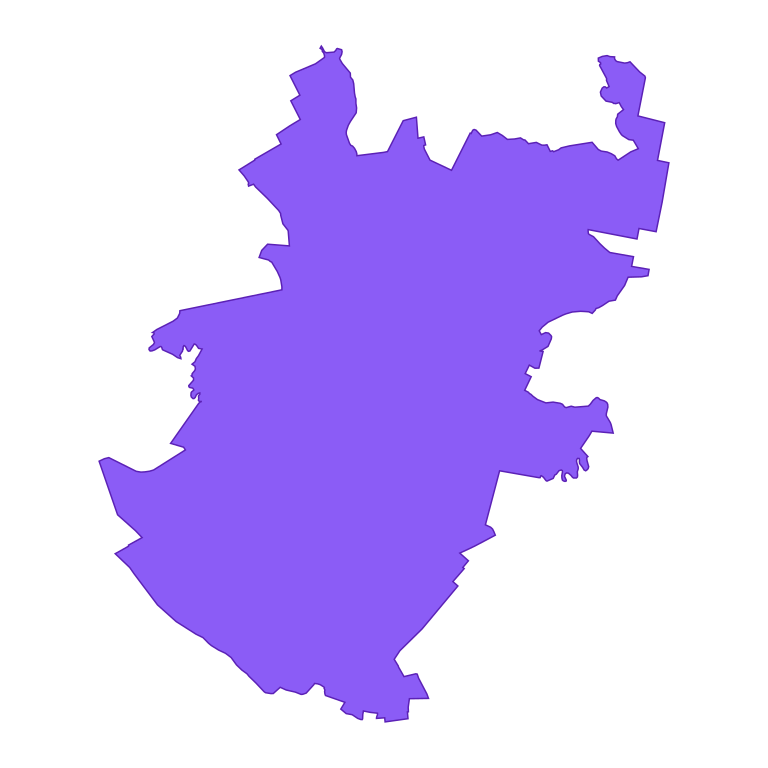 outline of Craidorolt, Satu Mare, Romania
{"feature_id": "2599482B64350665311002", "entity_name": "Craidorolt", "entity_type": "district", "adm_level": 2, "iso_a3": "ROU", "parent_name": "Romania", "parent_adm1": "Satu Mare", "projection": "mercator", "projection_center": [22.703, 47.59], "detail": "fine", "context": "isolated", "style": "filled", "palette": "violet", "viewbox_px": 768, "rotation_deg": 0, "n_neighbors": 0, "source": "geoboundaries", "source_scale": "gbopen_adm2", "svg_char_len": 6071}
<svg xmlns="http://www.w3.org/2000/svg" viewBox="0 0 768 768"><path d="M566.3,480.2L564.6,476.5L564.6,475.7L565.2,473.8L566.6,472.9L568.4,473.2L570.9,475.3L572.4,477.2L573.5,478.0L576.4,478.0L577.4,477.0L577.6,475.3L577.3,471.8L578.2,468.9L578.2,467.1L576.8,462.8L576.5,461.0L576.8,459.4L577.6,458.4L579.2,458.5L579.5,460.0L579.4,461.7L579.6,463.5L582.6,467.4L584.1,470.0L585.7,470.8L586.9,470.0L588.1,468.7L588.7,466.7L587.0,460.5L586.7,458.2L586.9,457.3L587.9,456.6L580.6,448.4L589.2,435.8L591.9,431.2L613.2,433.1L611.1,424.6L610.3,422.5L606.3,415.8L606.3,413.8L607.9,407.1L607.7,404.3L607.0,402.8L605.9,401.8L604.2,400.8L600.0,399.6L598.4,398.0L597.1,397.5L596.1,397.8L593.1,400.4L590.3,404.2L588.3,406.1L574.9,407.2L571.2,406.2L566.2,407.6L564.6,407.0L562.5,404.3L560.3,403.3L553.1,402.1L545.9,402.9L537.5,399.6L533.0,396.3L530.9,394.3L529.4,393.5L528.5,392.3L524.7,390.3L531.2,376.7L525.2,373.6L529.3,365.1L534.9,368.2L538.9,368.1L543.1,351.5L539.5,350.9L541.6,350.3L548.0,346.4L551.3,338.9L551.6,336.7L551.0,335.5L548.6,333.1L545.6,332.6L541.3,334.6L539.2,330.8L542.2,327.1L548.1,322.2L562.6,315.2L565.8,313.9L572.3,312.0L580.5,311.3L584.5,311.5L588.8,311.8L592.2,313.4L595.3,310.0L596.0,308.5L598.7,307.7L602.6,305.5L609.0,301.2L615.4,300.1L617.3,295.8L624.6,285.5L628.1,277.2L641.6,276.8L648.0,275.7L649.1,269.4L631.6,266.4L633.5,256.7L609.8,252.5L604.6,248.2L599.7,243.5L593.5,236.7L589.3,234.5L588.4,233.6L588.1,231.0L588.2,229.6L637.0,239.0L639.0,228.5L656.1,231.7L662.1,202.4L668.9,162.8L657.5,160.4L664.7,122.7L637.9,115.9L645.4,77.8L644.9,76.1L639.6,71.9L630.0,61.8L627.5,62.7L624.7,63.1L617.2,61.6L615.9,60.8L614.8,59.3L614.5,57.9L614.6,56.9L609.9,56.6L607.1,55.6L602.3,56.4L598.3,58.1L598.4,61.2L600.5,62.6L600.7,64.0L599.8,64.5L599.6,65.5L606.6,78.5L606.5,80.5L609.1,86.6L606.7,88.0L605.3,86.9L603.9,86.8L602.2,88.1L600.4,92.1L601.2,96.0L606.0,101.1L612.1,102.3L613.9,103.5L615.2,103.4L615.7,103.7L619.2,102.6L621.3,106.6L623.5,109.6L617.7,114.2L617.4,116.7L616.1,119.0L615.8,120.4L615.7,123.5L616.6,126.5L619.4,131.7L621.3,134.5L622.4,135.6L628.8,139.6L633.3,140.2L638.3,148.7L630.7,151.9L618.1,160.2L616.5,158.8L614.8,155.8L611.3,153.7L607.2,152.0L601.3,151.1L598.3,149.5L592.1,142.3L569.4,145.9L561.1,147.9L558.7,149.7L553.7,151.7L552.6,150.8L550.3,151.4L547.0,144.8L544.2,145.2L541.8,145.1L536.3,142.4L528.5,143.7L525.0,140.0L523.5,139.8L520.5,137.9L514.4,139.0L507.4,139.4L502.4,135.5L497.3,132.5L490.6,134.8L481.7,136.1L476.0,130.1L474.1,129.5L472.8,130.2L471.1,133.5L470.2,133.1L451.5,170.3L430.0,160.1L424.4,149.2L423.8,146.7L423.8,145.5L425.6,144.9L423.8,136.9L418.0,138.2L416.4,117.2L403.2,120.7L387.5,151.6L383.5,152.4L356.9,155.7L356.8,153.6L356.2,151.5L354.5,148.3L352.6,146.1L350.8,145.3L349.5,143.3L346.4,134.6L346.2,132.5L346.5,130.4L348.3,125.3L350.4,121.5L356.2,112.8L356.6,108.0L355.9,103.3L355.9,98.9L355.2,96.9L354.5,93.1L353.7,83.7L352.8,80.0L350.5,77.2L350.3,73.1L342.3,63.5L339.8,59.2L339.6,58.2L341.6,54.4L342.1,51.7L341.6,49.7L337.3,48.5L336.6,48.9L335.7,50.5L334.0,52.1L326.4,52.7L324.5,51.7L322.5,47.8L321.3,46.1L320.1,48.3L322.1,49.5L322.3,51.3L323.8,53.2L324.5,55.7L324.5,57.4L315.5,63.8L295.6,72.2L290.0,75.6L299.9,95.2L290.8,100.8L300.3,119.5L290.0,125.7L276.5,134.7L281.1,144.0L254.8,159.2L254.8,160.1L239.0,169.9L244.2,175.9L248.2,181.8L248.7,183.1L248.2,184.2L248.6,186.1L253.6,184.2L255.6,187.0L267.2,198.2L278.7,210.5L280.6,213.5L280.7,215.2L282.9,223.8L287.9,230.2L288.2,231.1L289.4,245.9L267.6,244.2L261.7,250.4L259.1,257.5L268.6,260.0L270.3,261.5L271.7,262.1L277.3,271.5L280.1,277.7L280.8,280.1L281.9,286.8L281.9,289.8L179.9,310.7L179.7,313.4L177.4,318.0L173.1,321.2L156.8,329.5L152.6,332.5L153.9,332.7L154.1,334.0L151.8,336.5L154.3,342.0L154.4,342.8L153.4,344.5L149.2,347.9L149.0,349.6L150.1,351.0L151.9,350.9L154.7,349.9L160.1,346.6L160.9,346.5L161.7,347.3L162.4,349.5L162.8,349.9L172.6,354.3L177.5,357.6L180.9,358.7L180.7,357.2L179.7,355.4L182.5,351.1L182.9,348.8L183.1,348.9L183.2,346.7L183.9,345.6L184.5,345.7L185.7,346.9L187.6,350.6L188.5,351.3L189.9,351.0L194.2,344.0L195.1,344.2L196.4,345.2L198.6,348.4L202.1,349.0L198.4,355.8L196.3,358.6L195.0,361.7L192.0,364.2L195.0,366.3L195.4,369.0L194.7,370.6L192.2,373.6L191.8,375.9L191.4,376.0L193.5,377.9L193.5,380.2L188.8,385.5L188.8,386.2L189.0,386.9L189.7,387.5L192.7,388.1L193.7,389.5L193.8,390.1L191.5,392.0L191.1,392.8L190.9,395.4L191.3,397.0L193.0,398.6L193.9,398.6L195.2,397.5L196.4,394.8L198.1,393.4L199.8,392.9L199.9,394.1L198.5,395.9L198.7,398.5L198.4,400.2L198.7,400.8L199.6,401.5L201.8,401.4L200.0,402.1L198.6,403.5L170.6,443.4L183.6,447.2L185.4,449.9L153.6,470.0L149.6,471.2L144.7,471.9L140.9,472.1L136.2,471.3L108.8,457.6L104.4,458.7L99.1,461.2L117.6,514.8L135.4,530.6L142.1,537.6L128.5,545.1L128.6,545.9L128.2,546.4L115.2,553.7L129.7,567.5L134.1,573.8L157.5,604.9L176.2,621.6L196.2,634.3L203.0,637.6L208.5,643.2L211.4,645.6L218.5,650.0L225.5,653.3L231.1,657.5L236.5,664.9L241.9,670.1L247.0,673.8L249.0,676.3L256.1,683.2L264.1,691.7L265.5,692.7L271.0,693.6L273.3,693.5L280.2,687.3L286.2,690.0L295.3,692.1L301.1,694.4L302.7,694.3L306.2,693.1L313.9,684.6L314.5,683.5L317.5,683.8L320.3,684.7L324.0,687.1L324.4,687.7L324.1,688.3L324.9,690.0L324.6,691.4L324.9,693.9L325.5,695.5L344.9,702.3L340.8,709.1L346.2,713.6L352.2,714.7L357.7,718.4L360.7,719.5L362.2,719.6L362.6,718.9L362.8,714.3L363.4,711.0L370.4,712.4L377.5,713.2L377.5,714.6L376.6,717.2L376.5,718.4L384.7,717.8L385.1,721.9L408.0,718.7L407.4,711.9L408.4,711.8L408.2,707.2L409.4,698.7L428.5,698.4L426.9,694.0L418.6,678.2L417.2,674.1L415.8,673.8L404.0,676.6L398.5,667.0L398.3,666.0L394.2,659.3L399.9,650.7L422.1,628.9L457.9,586.0L452.9,581.6L464.2,568.6L462.8,567.5L468.4,560.8L459.8,553.1L474.5,546.2L495.3,535.2L493.9,531.7L492.6,529.1L491.8,528.3L490.6,527.2L485.4,524.8L499.6,470.8L539.1,477.7L540.2,477.6L540.6,476.0L541.3,475.7L543.4,477.2L546.0,480.6L547.0,481.1L553.2,478.4L554.8,475.0L556.3,474.2L559.0,470.7L561.2,470.0L562.3,470.6L562.5,471.7L561.8,475.6L561.9,478.0L562.4,480.1L563.4,480.9L565.0,481.4L566.2,481.0L566.3,480.2Z" fill="#8b5cf6" stroke="#5b21b6" stroke-width="1.5"/></svg>